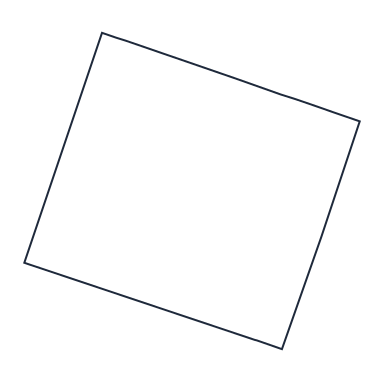 Comanche, Kansas, United States of America (Albers equal-area conic projection), rotated 199°
{"feature_id": "52423323B46228321496043", "entity_name": "Comanche", "entity_type": "district", "adm_level": 2, "iso_a3": "USA", "parent_name": "United States of America", "parent_adm1": "Kansas", "projection": "albers", "projection_center": [-99.341, 37.192], "detail": "fine", "context": "isolated", "style": "outline", "palette": "slate", "viewbox_px": 384, "rotation_deg": 199, "n_neighbors": 0, "source": "geoboundaries", "source_scale": "gbopen_adm2", "svg_char_len": 425}
<svg xmlns="http://www.w3.org/2000/svg" viewBox="0 0 384 384"><g transform="rotate(199 192 192)"><path d="M99.1,313.5L123.9,313.5L139.9,313.1L189.2,313.5L204.0,313.5L263.8,313.5L266.1,313.5L304.0,313.5L314.2,313.2L328.9,313.2L327.5,70.5L322.4,70.5L84.5,72.6L82.4,72.8L55.8,72.7L55.1,191.9L56.4,313.4L72.7,313.4L75.0,313.4L75.7,313.4L76.9,313.4L85.0,313.4L99.1,313.5Z" fill="none" stroke="#1e293b" stroke-width="2"/></g></svg>